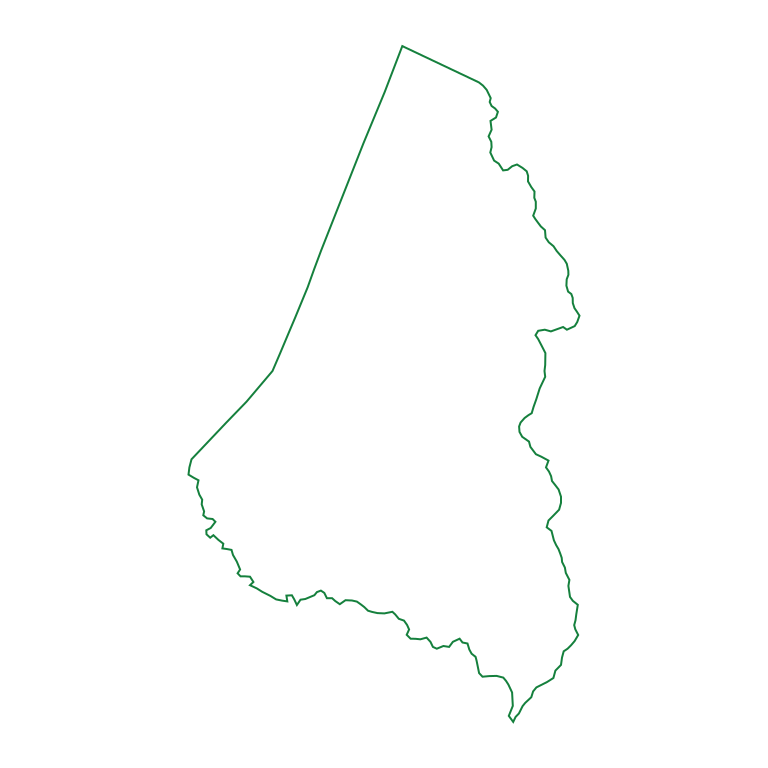 Itaporã do Tocantins, Tocantins, Brazil
{"feature_id": "56859067B75494045146561", "entity_name": "Itaporã do Tocantins", "entity_type": "district", "adm_level": 2, "iso_a3": "BRA", "parent_name": "Brazil", "parent_adm1": "Tocantins", "projection": "mercator", "projection_center": [-48.728, -8.44], "detail": "fine", "context": "isolated", "style": "outline", "palette": "green", "viewbox_px": 768, "rotation_deg": 0, "n_neighbors": 0, "source": "geoboundaries", "source_scale": "gbopen_adm2", "svg_char_len": 2988}
<svg xmlns="http://www.w3.org/2000/svg" viewBox="0 0 768 768"><path d="M478.9,82.4L402.3,46.1L384.7,92.0L363.4,143.4L321.1,250.6L314.1,269.3L307.7,287.2L295.0,318.0L289.7,330.5L280.1,353.3L272.5,371.0L246.6,401.6L225.8,423.1L191.5,459.3L189.4,467.4L188.5,474.6L193.8,477.8L198.5,480.3L197.0,487.3L199.3,494.6L202.2,499.7L201.7,504.4L204.1,511.4L203.3,515.3L207.1,518.4L212.6,519.0L215.4,521.8L210.7,528.0L206.3,530.3L206.5,534.3L210.2,537.7L213.4,535.2L218.4,539.9L223.3,543.7L222.4,548.4L226.7,549.0L231.5,549.9L233.0,555.0L236.8,561.6L240.1,569.5L237.6,573.3L240.5,576.3L244.4,576.3L250.0,576.7L253.4,582.0L250.0,585.2L256.8,588.4L262.2,591.8L270.4,595.9L276.1,599.4L282.0,600.6L287.3,601.4L286.4,595.6L291.9,595.3L294.2,599.3L296.9,605.0L300.5,599.7L305.3,599.0L314.4,595.2L316.9,592.1L320.9,590.6L324.3,592.9L326.9,598.2L332.1,598.2L335.2,601.0L339.8,604.2L345.5,600.2L352.0,600.5L356.9,601.6L361.1,604.6L364.2,607.0L368.0,610.7L372.0,611.9L377.5,613.1L384.4,613.4L392.4,611.8L395.2,614.4L398.8,618.8L404.0,620.6L407.1,625.0L409.1,629.5L406.7,634.8L410.6,638.7L415.4,638.8L420.4,639.3L426.6,637.6L430.5,641.9L432.9,646.9L436.8,648.7L443.4,646.0L449.1,646.9L452.9,641.8L459.6,638.7L462.5,642.5L467.5,643.5L469.3,649.5L471.6,653.7L475.6,656.9L476.6,660.8L479.1,673.1L482.5,676.7L489.2,676.1L496.6,675.9L503.3,677.6L506.1,681.0L508.4,684.6L512.1,692.5L512.8,705.9L508.8,715.9L513.2,721.9L515.6,716.9L518.9,713.5L522.6,706.1L525.2,702.9L531.3,697.2L533.1,691.4L536.4,687.4L547.1,682.0L553.4,678.0L555.4,670.6L561.0,664.9L562.0,657.6L563.7,651.3L567.6,648.7L571.1,645.2L574.6,641.1L578.2,635.0L575.3,629.3L574.2,625.1L575.5,620.3L576.3,614.2L577.8,604.8L572.8,600.8L570.0,596.9L568.4,585.9L569.4,579.9L565.8,572.9L564.9,567.6L562.1,562.0L561.7,557.8L560.2,553.5L558.5,549.1L556.2,545.2L553.9,540.3L551.5,530.9L546.7,527.3L548.5,520.5L553.0,516.0L559.1,509.7L561.0,502.9L561.0,496.7L558.6,489.5L555.7,485.7L552.0,481.0L551.1,476.2L549.0,471.6L546.0,467.4L548.5,460.6L541.3,456.7L535.9,454.2L530.4,446.9L529.0,441.6L522.2,436.8L519.5,431.9L519.1,426.5L520.6,422.5L524.6,418.0L528.4,415.2L531.7,413.2L533.6,406.8L536.3,399.2L539.7,388.4L545.2,376.8L544.5,371.0L545.2,365.0L545.4,353.1L542.5,347.4L538.2,339.1L535.5,335.2L538.2,330.8L544.8,329.7L550.9,331.4L563.1,327.0L566.9,329.7L574.7,326.1L577.2,322.1L579.5,315.7L576.8,311.5L574.5,308.2L572.8,303.1L572.7,297.9L571.3,294.0L568.1,291.6L566.4,285.7L566.7,279.3L568.4,274.8L568.3,270.8L566.8,263.8L564.5,259.9L560.4,255.3L556.7,251.0L553.5,246.2L548.8,242.3L545.6,237.6L545.0,230.2L540.8,226.4L537.8,222.4L535.3,219.0L533.2,215.7L535.8,208.5L535.8,201.7L534.3,197.8L534.5,191.5L531.3,187.1L528.0,181.4L528.1,175.8L526.7,171.3L522.5,167.9L517.0,164.5L512.2,166.2L507.7,169.8L503.1,170.4L498.7,163.6L494.1,160.6L490.3,152.5L491.6,147.1L491.3,141.8L488.6,136.4L491.6,129.7L490.5,120.9L496.0,117.5L497.9,111.8L495.1,108.5L491.6,106.0L489.7,102.0L490.7,98.1L486.7,89.9L483.0,85.6L478.9,82.4Z" fill="none" stroke="#15803d" stroke-width="2"/></svg>